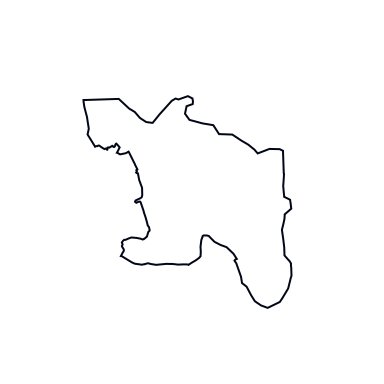 outline of Jiblah, Ibb, Yemen, rotated 229°
{"feature_id": "15242507B54186769788160", "entity_name": "Jiblah", "entity_type": "district", "adm_level": 2, "iso_a3": "YEM", "parent_name": "Yemen", "parent_adm1": "Ibb", "projection": "albers", "projection_center": [44.129, 13.913], "detail": "fine", "context": "isolated", "style": "outline", "palette": "ink", "viewbox_px": 384, "rotation_deg": 229, "n_neighbors": 0, "source": "geoboundaries", "source_scale": "gbopen_adm2", "svg_char_len": 3701}
<svg xmlns="http://www.w3.org/2000/svg" viewBox="0 0 384 384"><g transform="rotate(229 192 192)"><path d="M190.3,96.3L189.3,97.0L178.2,100.5L175.4,101.8L169.9,106.6L168.8,108.8L168.5,108.9L167.6,111.2L166.9,112.2L164.8,113.6L160.6,117.1L154.5,125.6L153.3,126.9L151.3,129.1L151.1,129.3L151.0,129.6L146.3,133.9L143.2,137.8L139.9,141.5L139.3,141.6L138.8,145.5L138.0,149.7L137.6,154.0L137.9,156.3L139.3,157.6L139.5,157.9L141.7,159.9L145.0,162.4L149.6,167.5L150.8,169.6L151.1,170.4L151.6,170.8L151.8,171.3L151.5,172.4L149.4,174.7L147.8,175.8L147.6,175.8L144.0,176.0L139.6,176.3L135.6,177.9L133.3,178.8L127.7,181.9L118.2,182.8L112.1,181.9L112.6,180.4L112.3,179.0L109.3,178.7L95.9,173.4L90.4,170.0L84.7,171.1L75.3,168.9L68.4,167.8L65.9,168.4L65.2,168.6L61.1,169.7L54.9,173.1L51.4,186.1L52.6,190.6L56.1,201.3L62.5,210.4L62.7,210.8L63.6,212.2L68.5,216.2L69.7,217.2L71.7,218.5L73.0,219.8L76.1,220.3L78.2,220.2L83.5,220.2L83.6,220.3L89.6,225.2L97.1,230.3L104.4,235.0L105.8,236.9L106.6,238.1L108.9,241.3L109.9,242.6L110.6,243.6L112.3,245.4L112.4,245.5L114.3,247.3L114.3,252.5L114.3,254.9L114.3,256.0L115.4,256.7L118.6,258.9L119.5,259.5L119.8,259.6L121.7,260.9L122.4,260.7L127.9,258.4L128.5,258.9L129.8,259.8L133.6,262.5L134.6,263.3L136.5,264.6L143.5,271.6L144.3,272.3L145.1,273.2L146.0,273.6L163.4,287.7L166.8,286.3L173.7,278.7L178.0,266.9L179.8,266.9L183.3,266.9L184.7,266.6L190.6,265.6L196.0,263.8L198.0,263.1L208.9,260.1L213.4,255.3L217.2,251.2L217.9,250.4L228.4,251.9L228.5,251.9L232.0,249.0L236.8,245.0L238.6,243.8L248.1,237.4L252.5,237.8L255.7,238.1L258.8,242.2L260.3,244.2L259.3,246.7L257.9,250.2L258.2,250.6L259.9,252.3L262.2,253.6L262.3,253.7L266.3,252.1L267.0,251.8L267.7,250.1L270.7,242.5L273.3,240.9L274.1,236.6L271.9,218.5L270.0,207.8L270.3,207.3L274.9,203.3L282.0,201.3L283.4,201.3L284.1,201.3L285.5,201.3L290.0,201.3L291.8,200.7L293.2,200.3L296.1,199.3L310.3,197.8L332.6,170.4L332.3,170.2L330.8,169.1L327.2,166.8L327.1,166.7L326.8,166.6L325.9,166.1L317.2,161.8L316.3,161.2L315.4,160.6L307.6,155.7L307.3,155.4L303.9,150.9L297.6,149.9L289.8,148.6L289.8,149.2L289.4,149.9L288.8,150.5L288.5,151.8L287.9,152.4L284.7,153.2L283.2,153.6L282.4,153.9L281.8,154.1L281.6,155.1L281.1,155.6L280.4,155.7L279.7,155.6L279.5,155.8L279.9,156.3L280.3,156.9L280.9,157.3L280.7,158.0L279.7,158.7L279.6,159.4L279.6,160.2L279.2,161.2L279.2,162.1L278.3,162.4L277.6,162.3L277.1,162.7L277.0,163.6L278.0,165.2L278.3,166.1L278.1,166.7L277.6,166.7L276.8,166.6L275.9,166.7L274.2,166.7L273.2,166.7L272.2,164.5L270.9,161.2L270.8,161.3L267.6,162.4L265.2,166.6L264.7,167.6L264.6,167.8L264.1,170.6L263.8,170.6L250.3,167.1L249.9,166.9L245.1,165.7L245.0,164.7L244.7,164.8L244.7,164.3L244.5,164.0L244.3,164.0L244.0,163.9L243.8,163.9L243.6,163.8L243.5,163.6L243.4,163.5L243.3,163.3L243.3,163.1L243.2,163.0L243.2,162.8L243.2,162.6L242.5,162.7L242.2,162.9L241.6,163.4L240.8,163.0L235.7,160.0L228.0,157.1L227.0,156.3L222.4,152.5L221.2,151.0L221.1,150.2L221.1,149.1L221.6,147.5L222.3,145.1L222.6,143.8L222.0,142.6L220.4,142.9L219.8,145.0L219.0,146.4L218.0,146.5L217.9,146.5L208.9,142.8L208.6,142.5L203.0,140.2L201.2,139.3L200.2,138.9L196.3,136.9L195.8,136.6L195.4,136.6L194.1,136.5L193.7,136.5L193.2,136.2L192.6,135.9L191.7,135.4L191.2,135.1L190.9,134.9L190.6,134.5L190.6,133.1L189.8,131.7L188.4,129.5L187.9,128.6L188.0,128.3L187.9,127.0L188.0,124.7L188.2,124.3L188.3,124.4L188.4,123.9L188.7,123.5L190.4,122.6L191.5,121.8L191.7,121.6L193.5,120.2L197.4,116.5L198.3,114.3L198.7,113.1L199.2,111.4L199.3,111.1L199.5,110.5L200.4,109.4L200.4,108.1L200.2,106.9L199.9,105.9L198.0,105.3L197.8,104.9L197.2,103.6L196.7,103.4L193.3,102.8L193.0,102.6L192.3,101.8L192.2,101.7L191.7,99.9L190.3,96.3Z" fill="none" stroke="#020617" stroke-width="2"/></g></svg>